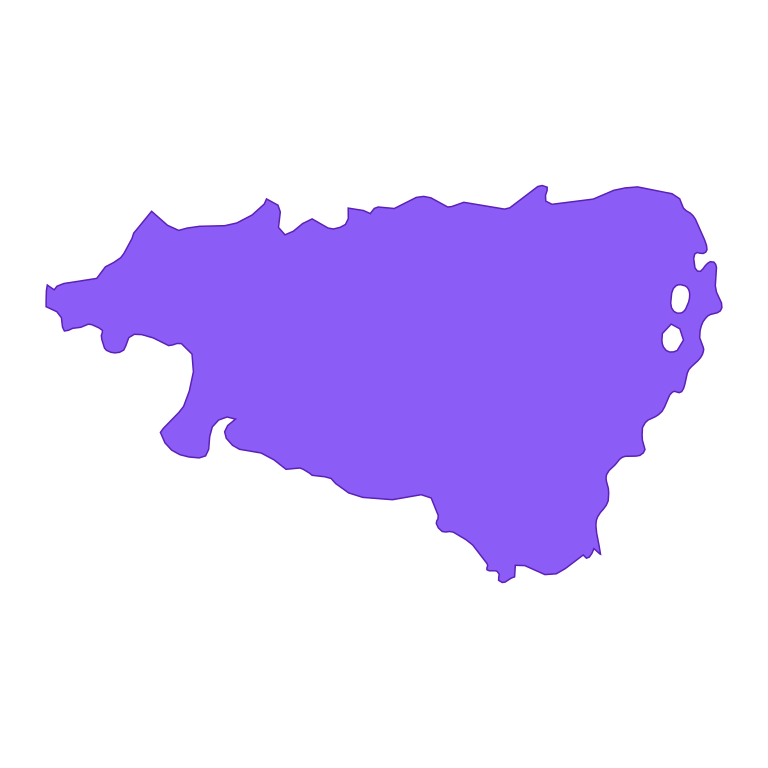 SVG path tracing the border of Pyrénées-Atlantiques
{"feature_id": "FRA-5336", "entity_name": "Pyrénées-Atlantiques", "entity_type": "Metropolitan department", "adm_level": 1, "iso_a3": "FRA", "parent_name": "France", "parent_adm1": "", "projection": "equal_earth", "projection_center": [-0.695, 43.182], "detail": "fine", "context": "isolated", "style": "filled", "palette": "violet", "viewbox_px": 768, "rotation_deg": 0, "n_neighbors": 0, "source": "natural_earth", "source_scale": "10m", "svg_char_len": 3652}
<svg xmlns="http://www.w3.org/2000/svg" viewBox="0 0 768 768"><path d="M64.4,331.0L63.5,329.2L62.5,327.1L61.4,317.7L56.8,311.7L46.1,306.7L46.1,300.8L46.4,290.6L47.3,285.0L48.3,285.7L48.5,285.9L54.2,289.8L57.0,286.2L63.8,283.5L96.7,278.4L105.4,266.8L113.7,262.5L120.7,257.7L123.9,253.5L132.0,238.5L133.7,233.1L136.9,229.3L151.6,211.3L167.5,225.3L178.7,230.4L187.0,228.1L199.5,226.3L224.7,225.7L236.7,223.0L252.1,215.0L264.3,204.0L266.5,198.9L278.0,205.2L280.3,212.0L278.5,227.4L285.0,234.8L293.4,231.2L302.7,223.5L312.1,218.9L328.0,228.0L333.4,229.0L340.2,227.3L345.4,224.5L348.3,218.6L348.2,208.1L363.4,210.5L370.4,213.6L370.5,213.2L374.3,208.4L378.2,207.0L394.3,208.5L416.3,197.4L423.7,196.4L430.9,197.8L447.7,207.0L451.6,206.6L463.8,202.3L504.5,209.1L509.8,207.8L537.8,186.5L542.2,185.5L547.2,187.2L547.1,190.6L545.5,195.4L545.8,201.1L552.0,204.3L593.2,199.1L613.8,190.3L625.3,187.9L637.6,186.9L672.2,193.8L679.7,198.8L683.4,208.1L686.3,210.8L690.3,213.1L693.1,215.8L695.4,219.2L704.6,239.9L706.5,245.4L707.0,249.7L705.7,252.2L703.1,253.5L699.9,253.2L697.0,252.5L694.7,254.1L693.7,258.5L695.0,268.0L697.5,271.1L700.5,271.3L703.0,268.8L705.1,265.9L707.5,263.4L710.2,261.7L713.9,262.1L715.7,264.4L716.5,267.6L715.3,285.7L716.5,292.2L721.5,303.0L721.9,307.7L720.3,310.9L717.5,312.7L710.4,314.5L707.8,315.9L705.3,318.6L703.1,321.6L701.3,325.8L700.1,330.6L699.7,337.8L703.1,346.9L703.7,349.2L703.3,351.8L702.3,354.7L700.5,357.7L697.8,360.8L691.5,366.6L688.9,369.5L687.3,373.1L684.9,384.1L683.6,388.4L681.7,391.6L679.1,392.7L674.4,391.3L672.4,392.1L669.7,395.0L664.5,407.1L662.0,411.4L658.7,414.5L655.5,416.6L648.0,420.1L645.3,422.6L642.5,427.5L642.1,434.8L642.4,440.2L645.0,449.5L643.3,452.9L639.9,455.4L636.1,456.1L625.3,456.3L622.3,457.3L619.6,459.3L615.3,464.6L609.1,470.5L606.6,474.6L606.0,478.1L606.5,481.5L608.4,488.6L608.7,493.3L608.2,500.8L606.3,505.2L603.4,509.1L600.4,512.5L597.7,516.7L596.4,520.2L596.0,523.6L596.0,526.8L596.7,533.4L599.1,545.7L600.5,554.2L599.7,553.8L593.9,548.6L591.9,553.4L589.3,557.1L586.4,558.2L583.2,555.0L565.3,568.6L556.3,573.8L544.9,574.6L524.8,565.6L515.3,565.3L514.6,576.9L511.4,578.0L505.1,582.1L502.2,582.5L498.6,580.3L498.7,577.3L499.2,574.2L497.0,571.3L495.4,570.8L489.3,570.8L486.9,569.7L486.9,567.8L487.7,565.7L487.1,563.7L472.7,545.0L466.0,539.7L453.2,532.1L449.5,531.5L445.8,532.0L442.2,531.5L438.4,528.0L436.3,523.6L436.7,521.0L438.0,518.7L438.2,515.3L436.6,511.5L431.2,498.0L421.2,494.7L392.5,499.7L362.8,497.4L348.6,492.9L335.7,483.6L331.1,478.5L325.0,476.8L312.1,475.3L309.3,473.0L303.2,469.3L299.9,468.0L286.0,469.3L273.9,459.8L261.1,453.0L239.5,449.3L232.5,445.3L226.3,438.3L224.6,431.8L227.7,425.5L235.5,419.1L227.1,417.0L218.7,420.0L212.3,426.9L209.7,436.6L208.7,449.3L205.6,455.9L199.2,457.9L189.0,457.0L179.9,454.7L171.7,450.2L165.0,442.9L160.4,432.4L163.4,428.3L178.8,412.5L183.6,406.4L189.3,391.1L193.4,371.8L192.0,354.1L181.4,343.6L176.9,343.5L172.8,344.9L168.7,345.6L153.2,337.9L141.7,334.6L134.3,334.3L128.8,337.6L125.8,345.8L123.7,350.1L119.6,352.3L114.9,352.9L110.9,352.3L106.4,350.3L104.5,348.1L101.9,339.8L101.3,335.6L102.3,332.6L102.4,330.3L98.8,327.8L91.7,324.6L88.3,324.2L80.8,327.3L72.8,328.3L68.4,330.3L64.4,331.0ZM669.6,352.0L673.5,351.9L677.2,350.5L683.5,340.1L679.8,328.8L671.2,324.1L662.4,333.5L661.9,340.3L662.3,343.7L663.3,346.8L666.1,350.4L669.6,352.0ZM677.4,313.2L681.0,313.0L682.4,312.4L683.6,311.5L684.8,310.2L685.8,308.7L688.7,301.8L689.5,298.0L689.7,294.1L689.3,291.4L688.4,289.1L687.0,287.2L685.2,285.9L680.8,284.7L678.5,284.8L676.4,285.5L673.4,288.4L671.7,293.0L670.7,303.1L671.6,308.0L674.0,311.5L677.4,313.2Z" fill="#8b5cf6" stroke="#5b21b6" stroke-width="1.5"/></svg>